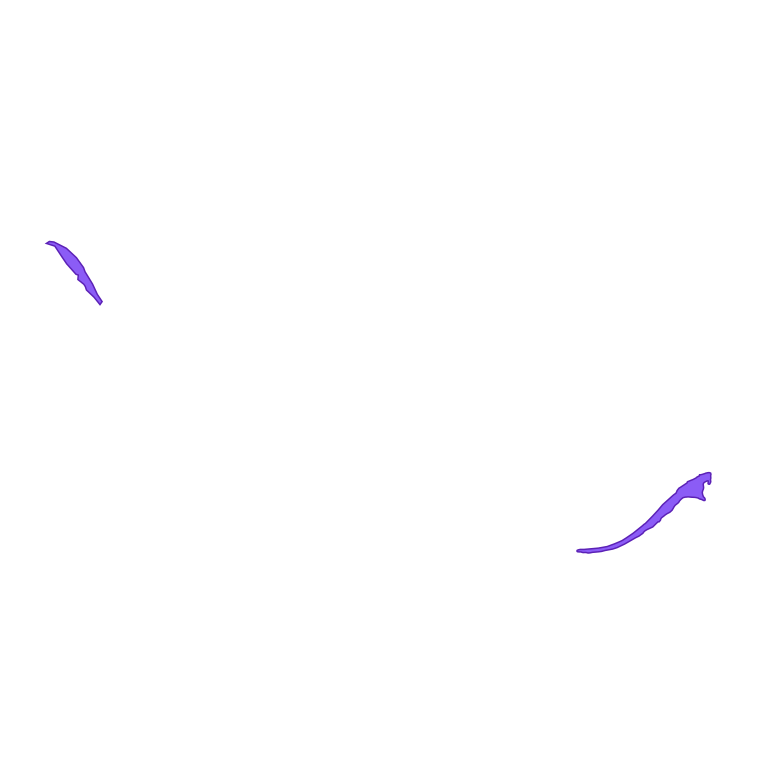 outline of Funafala, Tuvalu, rotated 258°
{"feature_id": "33948139B32530222463199", "entity_name": "Funafala", "entity_type": "district", "adm_level": 2, "iso_a3": "TUV", "parent_name": "Tuvalu", "parent_adm1": "", "projection": "mercator", "projection_center": [179.105, -8.593], "detail": "fine", "context": "isolated", "style": "filled", "palette": "violet", "viewbox_px": 768, "rotation_deg": 258, "n_neighbors": 0, "source": "geoboundaries", "source_scale": "gbopen_adm2", "svg_char_len": 2576}
<svg xmlns="http://www.w3.org/2000/svg" viewBox="0 0 768 768"><g transform="rotate(258 384 384)"><path d="M217.1,647.3L216.4,646.8L215.9,645.5L215.3,644.2L214.7,643.1L208.0,631.5L203.5,625.7L198.9,619.2L193.2,610.6L192.6,609.0L191.7,607.5L187.3,598.8L186.2,596.6L183.0,588.8L181.4,584.5L180.7,581.4L179.7,576.1L178.6,568.5L178.9,559.5L180.6,545.3L181.4,541.6L181.4,540.0L181.3,539.0L181.1,538.3L180.5,538.0L180.0,538.1L179.6,538.6L179.4,539.1L179.3,539.8L179.0,540.6L178.8,541.7L178.3,542.5L178.0,543.0L177.6,544.2L177.5,545.0L177.2,546.4L176.8,547.4L176.5,547.9L176.2,548.6L176.2,549.4L176.0,550.1L176.0,551.0L176.0,552.0L176.0,552.9L175.3,558.5L175.0,562.0L175.2,565.7L175.0,573.3L175.5,578.0L177.4,586.0L178.7,590.1L181.3,598.1L181.7,599.7L182.2,601.8L184.3,606.4L185.0,607.0L186.1,608.7L186.9,611.0L188.3,617.2L191.1,621.5L192.2,623.4L192.0,624.4L193.2,626.0L194.8,626.9L195.6,628.0L196.5,630.0L197.4,631.7L198.3,633.9L199.1,636.9L200.6,639.5L202.3,641.1L203.7,642.3L204.9,643.7L205.9,645.8L206.8,647.5L208.2,648.8L209.4,650.5L209.8,651.2L210.1,651.8L210.6,652.8L210.7,653.8L210.7,655.3L210.5,656.6L210.4,657.9L209.7,660.1L209.3,661.4L208.5,664.4L207.9,666.0L207.1,667.6L206.0,668.7L205.4,669.9L205.0,670.6L204.8,670.9L204.2,671.7L203.8,672.1L203.7,672.3L203.5,672.7L203.4,673.3L203.4,673.7L203.7,673.9L204.2,674.1L204.6,674.1L205.3,674.1L206.1,673.8L207.3,673.0L208.1,672.9L209.3,672.7L210.3,672.7L211.8,672.8L213.2,673.5L213.7,673.8L214.9,674.6L216.2,675.1L217.4,675.2L218.6,675.3L219.6,675.4L220.4,675.9L221.0,676.5L221.4,677.6L221.7,678.5L221.9,679.4L222.0,680.1L221.9,680.8L221.4,680.9L220.9,680.8L220.4,680.7L219.6,680.3L218.8,680.4L218.5,680.8L218.3,681.3L218.4,681.8L218.9,682.1L219.4,682.7L220.5,683.3L221.6,683.4L222.9,683.6L224.0,684.1L225.4,684.3L226.5,684.5L227.6,685.0L228.9,685.0L229.5,684.2L229.8,683.3L229.9,682.4L229.9,681.1L229.9,680.1L229.7,679.3L229.6,678.2L229.5,677.2L229.4,676.2L229.4,674.9L229.4,674.3L229.6,673.8L229.3,673.6L228.9,673.5L228.4,673.0L228.4,672.3L228.2,672.0L227.8,670.5L227.2,669.6L226.9,668.5L226.6,667.4L226.3,666.3L226.1,665.0L225.8,663.3L225.5,661.8L225.4,660.9L225.1,660.3L224.7,660.1L224.3,659.9L223.9,659.0L221.3,652.4L220.7,650.7L219.8,649.7L218.8,648.5L217.9,648.0L217.1,647.3ZM590.8,84.6L587.3,90.7L575.6,95.3L567.5,98.6L555.4,105.5L554.1,107.6L549.8,106.3L544.0,111.1L541.4,112.1L537.8,112.5L529.2,118.4L520.7,122.7L523.2,125.4L531.3,122.2L542.3,119.7L552.3,116.2L555.9,114.9L560.3,114.3L571.5,109.4L582.8,101.5L591.5,90.7L593.0,86.3L591.7,83.0L590.8,84.6Z" fill="#8b5cf6" stroke="#5b21b6" stroke-width="1.5"/></g></svg>